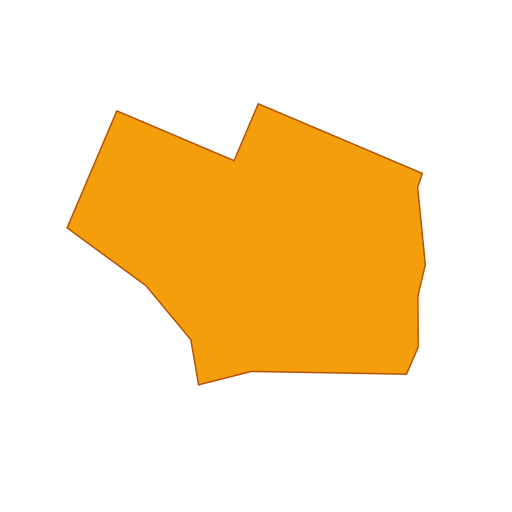 82, Ar Rayyān, Qatar (Natural Earth projection), rotated 23°
{"feature_id": "91078587B69331061466095", "entity_name": "82", "entity_type": "district", "adm_level": 2, "iso_a3": "QAT", "parent_name": "Qatar", "parent_adm1": "Ar Rayyān", "projection": "natural_earth1", "projection_center": [51.205, 25.205], "detail": "fine", "context": "isolated", "style": "filled", "palette": "amber", "viewbox_px": 512, "rotation_deg": 23, "n_neighbors": 0, "source": "geoboundaries", "source_scale": "gbopen_adm2", "svg_char_len": 407}
<svg xmlns="http://www.w3.org/2000/svg" viewBox="0 0 512 512"><g transform="rotate(23 256 256)"><path d="M71.2,176.8L71.1,303.9L166.3,326.3L228.7,358.5L253.5,397.0L272.9,382.3L296.8,364.1L385.6,328.2L440.7,306.0L440.7,305.8L440.9,276.5L420.7,229.7L419.2,221.1L415.3,198.0L378.0,129.7L376.8,115.0L353.6,115.0L198.6,115.0L198.6,176.8L71.2,176.8Z" fill="#f59e0b" stroke="#b45309" stroke-width="1.5"/></g></svg>